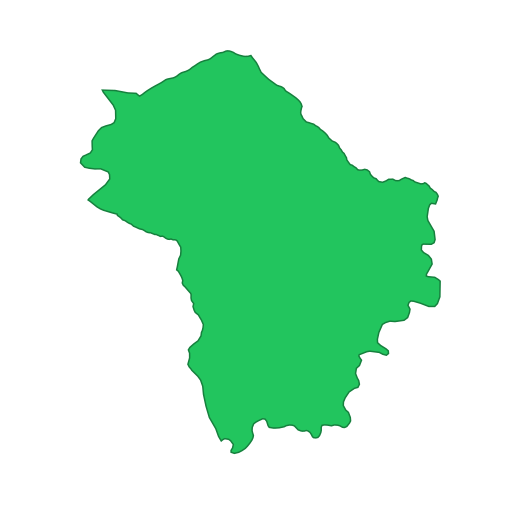 the district of Kengkhar, Mongar, Bhutan, rotated 9°
{"feature_id": "84629894B5600301866279", "entity_name": "Kengkhar", "entity_type": "district", "adm_level": 2, "iso_a3": "BTN", "parent_name": "Bhutan", "parent_adm1": "Mongar", "projection": "robinson", "projection_center": [91.304, 27.128], "detail": "fine", "context": "isolated", "style": "filled", "palette": "green", "viewbox_px": 512, "rotation_deg": 9, "n_neighbors": 0, "source": "geoboundaries", "source_scale": "gbopen_adm2", "svg_char_len": 5264}
<svg xmlns="http://www.w3.org/2000/svg" viewBox="0 0 512 512"><g transform="rotate(9 256 256)"><path d="M375.2,404.1L374.4,400.7L371.7,396.0L368.7,394.1L365.6,390.0L365.2,386.4L366.3,382.0L369.2,375.7L373.9,371.3L377.2,369.8L378.2,366.5L376.9,363.0L375.1,360.7L372.7,356.5L372.7,351.2L375.3,348.0L376.5,342.4L374.8,340.7L373.2,338.7L373.4,337.3L380.4,333.2L383.3,332.2L392.8,331.9L396.6,333.2L400.3,333.6L402.1,331.6L401.5,329.0L399.0,327.4L393.1,324.9L389.6,322.6L388.9,319.2L389.3,312.3L391.5,303.8L394.3,301.5L398.5,299.4L403.5,299.0L412.3,296.3L415.4,293.1L416.4,287.8L416.4,284.4L413.8,280.9L414.4,277.9L416.0,276.2L418.8,276.0L425.8,276.9L434.6,278.8L440.4,277.9L442.6,274.7L444.0,267.6L441.8,252.0L439.9,250.8L435.9,249.1L429.5,249.5L427.4,249.2L427.2,247.2L428.0,245.2L431.2,236.4L429.7,231.7L426.2,228.5L421.0,226.4L418.4,224.2L418.0,221.0L418.0,219.3L419.2,218.1L427.3,217.0L429.8,215.0L430.3,211.8L429.1,207.5L428.0,203.7L420.2,194.1L418.9,190.4L418.8,182.0L419.6,178.1L421.1,176.5L425.2,176.5L426.2,172.1L426.2,170.9L426.6,168.5L426.1,167.6L425.2,166.4L423.8,165.0L421.8,164.4L419.6,162.8L417.5,161.7L416.0,159.8L414.1,158.6L412.7,157.7L411.2,157.3L409.9,158.4L407.5,159.0L403.8,158.4L401.8,158.1L400.3,157.5L399.5,156.9L397.5,156.6L395.8,155.9L394.4,155.6L393.0,155.5L391.1,155.1L388.2,157.0L387.0,157.9L385.7,159.1L384.0,159.5L382.0,159.7L379.1,158.7L377.3,159.1L375.0,159.5L372.8,161.4L369.5,163.4L366.6,163.3L365.6,163.3L363.7,161.9L362.6,160.9L360.1,160.4L358.3,159.2L356.2,157.4L354.9,155.0L353.4,154.2L352.3,153.6L349.8,153.4L347.4,154.5L344.9,155.0L343.0,154.9L340.9,153.2L339.0,152.5L336.9,151.3L334.8,151.0L333.6,149.9L332.2,148.5L330.6,146.8L330.0,144.8L328.7,143.3L326.9,140.9L325.1,139.8L323.6,137.9L321.8,136.4L320.1,133.7L318.0,132.1L316.5,131.3L313.2,130.5L311.7,129.5L309.4,128.0L307.5,125.7L305.4,124.0L303.4,122.7L302.2,122.0L299.8,120.9L297.9,119.3L296.2,118.5L294.5,118.0L292.4,116.8L289.4,116.4L287.3,116.0L284.8,115.8L281.0,113.0L279.3,110.4L278.2,109.0L277.7,107.4L277.6,105.8L277.7,103.9L277.8,102.2L278.1,101.2L276.9,98.8L275.4,96.9L273.5,95.4L270.7,93.6L265.7,91.1L262.7,89.7L260.2,88.7L259.0,87.9L257.5,86.2L255.7,85.3L254.2,84.8L252.6,84.6L249.8,84.1L245.7,82.0L241.0,79.6L237.5,77.3L232.3,73.8L231.3,72.3L230.1,70.7L228.8,68.6L227.1,66.3L225.9,64.8L224.2,63.2L221.5,60.8L219.6,58.8L217.0,60.0L214.4,60.5L212.9,60.7L210.2,60.5L208.0,60.3L205.4,59.8L203.9,59.4L201.9,58.5L199.3,57.9L197.5,57.7L195.5,57.9L194.1,58.4L192.9,59.2L191.5,60.1L188.7,61.0L186.6,62.0L185.2,62.8L184.0,64.1L182.4,65.7L181.0,67.3L179.5,68.7L178.0,69.7L176.6,70.3L174.6,71.1L172.6,72.2L170.8,73.2L168.2,75.4L165.7,77.8L163.6,79.6L161.6,81.9L160.1,83.2L157.8,84.7L154.3,86.4L153.0,87.3L151.4,88.8L150.0,90.4L148.4,91.8L146.5,93.0L143.0,94.3L140.7,95.2L139.3,96.0L135.5,99.5L133.7,100.9L130.0,103.7L126.6,106.4L122.6,109.9L120.5,112.0L118.4,114.3L116.0,116.3L114.1,115.3L112.2,114.1L103.9,115.0L91.0,114.6L78.3,116.2L79.6,118.1L91.4,129.3L94.5,134.0L96.0,142.3L95.0,146.5L92.3,148.8L87.4,151.0L83.4,153.3L80.7,157.0L77.2,164.9L76.1,167.9L77.0,172.9L77.8,176.7L76.2,180.2L69.6,184.6L68.0,187.5L68.1,191.4L72.9,195.1L77.6,195.4L83.1,195.2L89.0,194.2L96.9,196.1L98.6,198.5L99.5,202.8L96.2,209.2L85.7,220.9L81.8,226.0L81.4,226.9L83.5,227.9L91.2,232.3L94.9,233.8L98.5,234.7L107.5,235.9L112.4,236.4L112.8,237.6L113.7,238.0L115.5,238.9L117.1,239.9L118.5,241.1L121.3,241.6L123.7,242.8L125.8,243.6L127.8,244.0L130.4,245.7L132.9,246.3L134.9,246.9L136.8,247.4L139.8,247.6L141.7,248.3L143.5,249.2L145.2,249.6L146.8,249.7L148.0,249.5L152.8,250.6L153.9,250.3L155.7,250.8L157.1,251.1L158.4,251.6L160.6,251.0L162.1,251.5L164.0,252.5L165.5,253.0L166.7,253.2L168.2,253.0L169.4,252.5L171.6,253.0L173.0,252.7L174.3,252.7L175.6,253.3L176.7,254.6L178.0,256.3L180.3,259.1L181.1,262.8L181.4,267.0L180.2,271.0L180.0,278.5L179.8,282.1L181.7,283.2L184.3,286.4L185.5,288.0L186.6,289.8L187.5,291.7L187.4,294.2L188.8,296.3L190.8,297.6L194.3,300.6L197.2,303.0L197.9,304.1L198.2,306.1L198.4,307.6L199.3,310.1L200.3,311.1L201.9,312.7L201.7,315.8L203.4,319.2L204.9,321.3L208.3,323.2L210.4,325.8L212.1,327.8L214.7,331.9L214.9,335.0L214.7,337.9L214.1,340.0L214.2,343.5L212.0,348.9L208.4,352.5L205.0,356.6L203.9,359.3L205.6,362.3L206.4,367.0L205.7,373.6L207.4,376.0L209.4,377.7L210.6,379.0L217.3,383.8L220.7,387.2L223.8,393.0L225.8,400.8L230.1,412.0L235.2,422.8L243.3,432.8L247.3,440.1L250.6,444.1L251.9,442.6L253.7,441.3L257.7,441.3L259.8,442.4L263.1,445.7L263.0,447.3L262.9,449.2L261.8,451.9L262.1,453.7L265.5,454.3L269.6,452.6L272.6,450.4L275.5,447.7L277.3,445.1L279.2,441.8L280.7,438.6L281.4,436.0L281.5,433.7L280.2,431.0L279.4,429.0L279.1,425.8L280.0,422.0L282.0,420.0L284.3,418.2L288.1,415.7L290.5,415.7L292.4,417.5L293.3,419.3L294.5,421.7L295.9,423.2L300.2,423.2L302.5,422.8L305.9,422.0L309.6,420.6L310.6,420.2L312.3,418.9L315.4,417.7L318.2,417.4L320.5,417.8L322.2,419.1L324.8,421.1L327.7,421.7L329.2,421.7L331.2,421.3L332.9,420.5L334.5,420.6L336.9,421.7L338.6,423.6L340.1,425.7L341.3,426.4L343.5,426.3L345.5,425.5L346.8,423.5L347.6,420.3L347.7,418.1L347.2,415.0L347.7,412.9L350.1,412.1L353.1,411.8L357.1,411.9L359.8,410.6L363.2,410.3L365.5,410.6L368.1,411.6L370.0,411.6L371.3,410.9L372.4,410.1L374.5,406.3L375.2,404.1Z" fill="#22c55e" stroke="#15803d" stroke-width="1.5"/></g></svg>